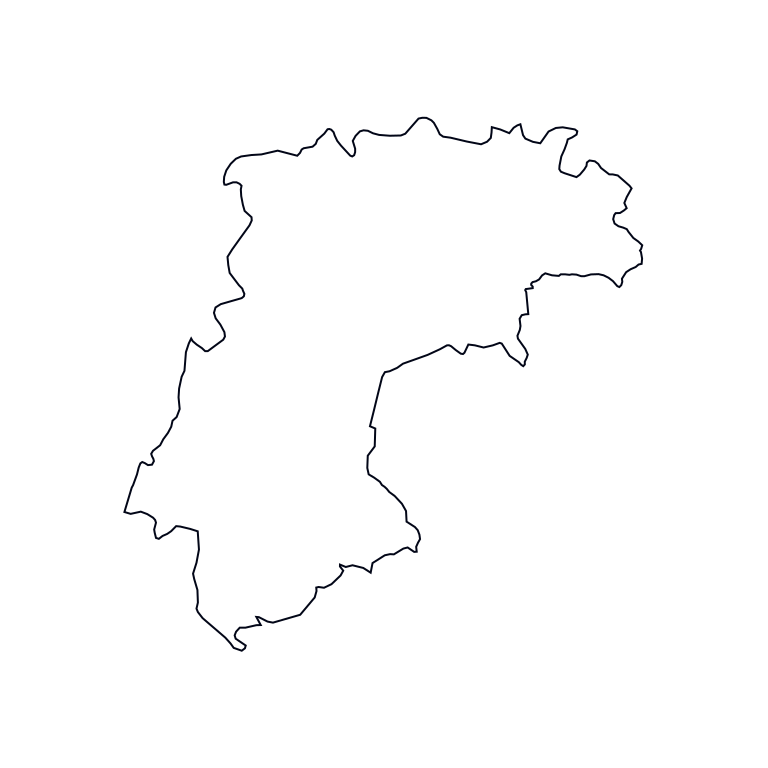 an SVG outline of Guinea, rotated 284°
{"feature_id": "GIN", "entity_name": "Guinea", "entity_type": "country or territory", "adm_level": 0, "iso_a3": "GIN", "parent_name": "Africa", "parent_adm1": "", "projection": "albers", "projection_center": [-10.714, 9.945], "detail": "fine", "context": "isolated", "style": "outline", "palette": "ink", "viewbox_px": 768, "rotation_deg": 284, "n_neighbors": 0, "source": "natural_earth", "source_scale": "50m", "svg_char_len": 4336}
<svg xmlns="http://www.w3.org/2000/svg" viewBox="0 0 768 768"><g transform="rotate(284 384 384)"><path d="M469.3,502.7L463.1,501.8L460.4,503.0L452.2,512.6L447.3,516.4L443.6,516.1L439.7,515.2L437.0,515.9L435.0,514.8L435.8,512.5L437.8,509.5L441.7,499.1L451.7,488.5L451.9,486.3L447.8,480.2L443.5,471.8L443.5,462.8L442.7,456.3L433.8,454.5L432.2,453.4L432.0,451.2L434.3,445.4L436.9,440.0L437.3,437.7L436.7,435.7L431.3,429.9L422.8,419.3L415.0,407.6L408.3,397.5L402.9,392.9L397.7,386.3L395.7,382.0L390.3,380.5L374.6,380.5L355.6,380.6L339.6,380.6L338.7,386.3L321.2,390.1L310.5,385.6L298.5,388.1L292.6,391.0L290.8,397.0L288.1,403.7L285.5,406.4L284.4,409.4L282.9,412.1L280.5,415.2L277.9,421.5L272.1,430.4L266.1,436.1L255.9,439.2L252.7,448.6L250.3,452.1L246.4,454.8L242.2,456.5L238.3,455.4L233.8,454.6L229.2,456.3L228.4,453.9L231.1,446.5L229.0,442.6L221.1,434.8L220.4,431.1L218.0,426.2L207.5,416.2L197.7,416.7L200.5,408.4L200.5,397.3L197.2,391.2L198.1,385.0L196.3,385.4L193.0,389.6L187.7,388.2L177.1,381.5L171.8,375.1L171.2,369.6L170.1,367.5L166.8,368.6L160.1,368.4L139.8,358.5L125.6,334.0L125.3,328.5L127.5,319.0L127.1,316.5L120.3,322.7L119.1,318.5L114.1,308.6L112.7,303.0L107.9,300.4L104.0,299.9L101.0,301.7L96.8,313.1L93.9,313.0L90.8,310.5L91.6,302.0L95.1,297.9L99.5,291.4L112.9,264.7L117.7,258.6L120.7,256.4L126.9,256.3L139.0,252.8L148.9,247.0L153.8,244.6L165.2,245.3L178.6,244.5L196.0,238.9L196.5,230.9L196.4,220.8L195.8,216.7L189.7,213.1L186.1,209.9L183.0,205.9L179.3,203.0L179.5,200.0L184.2,197.5L187.2,196.2L194.3,196.3L196.7,194.8L198.4,192.3L200.5,185.8L201.3,178.9L196.7,169.6L197.0,163.1L222.5,164.3L225.1,165.0L236.5,166.2L243.6,166.2L248.0,166.8L249.8,168.3L249.4,171.0L248.2,174.6L249.6,178.4L253.5,179.4L255.6,178.3L257.6,176.5L259.9,175.0L263.3,176.0L270.4,181.6L277.0,183.2L284.3,186.2L291.1,187.9L297.2,187.7L301.8,190.8L310.3,191.8L321.3,187.9L330.0,186.3L342.1,185.9L348.5,187.2L367.0,184.1L376.2,184.8L381.5,185.9L379.3,188.0L376.9,192.8L374.8,198.6L372.6,202.5L373.3,205.1L379.5,210.2L388.1,217.3L391.6,218.2L395.7,216.6L402.0,210.9L407.0,204.8L411.9,201.8L417.5,202.0L422.0,206.3L427.5,215.8L432.5,224.5L433.2,225.4L435.2,226.8L437.7,226.7L440.4,224.6L442.3,223.4L444.7,219.4L454.4,207.4L461.8,204.1L464.4,203.2L469.5,201.4L478.0,204.2L490.4,209.1L505.4,215.1L510.7,216.1L513.8,215.1L518.2,206.9L523.8,203.7L531.8,200.0L538.2,198.0L541.9,197.8L543.3,195.5L544.0,192.2L543.2,188.8L539.1,182.7L538.9,180.9L541.3,179.7L546.4,178.8L553.1,179.3L560.6,182.0L566.7,185.8L570.2,190.3L574.1,200.0L577.1,209.5L584.7,224.4L584.6,233.8L584.5,244.6L587.9,246.6L591.6,247.4L593.3,249.0L597.0,257.3L600.5,259.7L604.7,260.2L612.5,265.5L617.5,267.6L618.2,269.2L618.0,271.3L616.1,274.2L613.1,276.1L608.6,279.8L604.9,284.6L597.4,296.0L597.1,298.1L598.8,299.7L602.0,299.9L605.3,299.1L612.3,294.9L617.9,296.4L623.3,299.5L625.2,302.8L625.8,307.1L624.6,312.7L624.5,319.0L626.3,329.6L629.2,340.2L632.0,344.1L649.9,353.3L651.6,356.8L652.5,360.8L651.3,366.2L649.5,369.2L644.4,374.0L639.8,377.7L638.3,381.6L639.1,389.0L639.3,405.7L640.1,420.2L644.0,425.4L648.6,428.1L654.0,427.5L659.3,426.5L659.1,435.2L657.7,444.9L664.0,447.8L667.2,450.8L669.0,453.5L659.1,458.7L656.3,461.8L655.0,469.9L655.4,477.4L668.8,482.6L674.0,488.8L676.3,495.3L677.2,507.6L676.0,510.4L672.6,510.5L668.7,506.8L665.8,503.1L662.2,503.1L655.4,502.4L647.7,501.0L638.3,501.5L634.9,502.1L632.8,504.3L632.2,508.2L631.3,520.7L634.5,523.4L640.6,526.4L644.6,527.7L648.0,527.3L650.6,529.3L651.1,534.7L649.4,538.6L646.1,542.3L641.9,551.8L642.7,555.3L642.9,560.4L635.8,574.2L633.7,576.9L624.1,574.3L617.8,573.4L613.3,576.9L610.4,574.8L607.0,571.6L605.8,567.4L603.6,566.5L599.4,566.5L595.5,568.9L593.8,573.3L593.6,578.3L593.0,582.1L590.7,584.5L586.0,590.6L583.8,596.2L581.1,601.0L577.2,600.8L575.4,600.1L574.2,601.4L568.1,604.1L562.9,604.9L561.5,602.1L558.4,599.9L555.0,595.5L551.1,591.9L543.7,589.4L540.8,590.5L537.3,590.3L535.0,588.9L535.4,586.7L539.2,581.3L541.4,576.2L542.6,570.8L542.5,565.6L540.4,558.3L537.1,552.4L536.3,549.1L536.7,544.3L535.9,539.8L534.8,537.5L534.2,533.0L533.2,529.0L531.2,527.5L530.1,520.7L530.4,513.7L527.6,511.1L523.0,509.2L520.4,506.5L518.8,503.5L517.1,502.6L515.8,502.8L514.5,504.7L513.0,505.1L510.4,498.6L509.3,498.3L507.5,499.8L486.7,507.1L485.8,504.3L484.1,501.0L480.1,499.8L473.3,502.4L469.3,502.7Z" fill="none" stroke="#020617" stroke-width="2"/></g></svg>